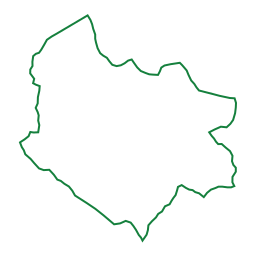 outline of Monte Mor, São Paulo, Brazil
{"feature_id": "56859067B95842262172084", "entity_name": "Monte Mor", "entity_type": "district", "adm_level": 2, "iso_a3": "BRA", "parent_name": "Brazil", "parent_adm1": "São Paulo", "projection": "robinson", "projection_center": [-47.299, -22.952], "detail": "fine", "context": "isolated", "style": "outline", "palette": "green", "viewbox_px": 256, "rotation_deg": 0, "n_neighbors": 0, "source": "geoboundaries", "source_scale": "gbopen_adm2", "svg_char_len": 1868}
<svg xmlns="http://www.w3.org/2000/svg" viewBox="0 0 256 256"><path d="M188.5,74.9L186.7,70.5L184.6,68.0L182.1,65.1L179.8,62.8L176.6,63.3L170.6,64.2L164.5,65.5L161.3,67.6L159.9,71.3L158.0,74.9L152.7,74.6L149.2,74.3L145.6,73.0L140.8,71.0L137.2,67.4L133.8,62.6L131.7,59.5L128.1,60.6L124.6,63.3L120.8,65.3L116.6,66.1L112.3,64.8L109.3,61.2L106.9,57.8L103.3,55.7L100.2,53.2L97.6,48.2L96.0,42.5L95.2,38.8L95.2,34.5L93.2,28.8L92.1,24.2L90.4,19.9L87.6,15.4L71.7,24.8L56.1,34.0L51.7,36.5L46.9,39.8L44.3,44.5L41.2,49.8L39.0,52.8L35.9,53.8L33.2,56.1L32.4,61.8L32.5,66.0L30.3,69.5L30.2,73.4L34.2,78.8L33.1,83.2L35.9,84.7L39.7,86.1L39.3,90.8L37.9,97.2L37.7,103.4L35.7,107.9L37.7,112.1L38.7,115.4L38.2,120.6L39.3,125.1L38.2,132.3L33.6,132.5L30.3,132.0L28.6,136.2L24.8,139.2L20.0,142.4L21.8,147.1L23.8,150.2L25.3,154.3L30.7,159.0L34.0,162.9L39.0,168.4L43.7,170.1L49.3,169.8L53.9,174.8L57.3,179.6L60.8,180.9L64.4,183.8L68.9,186.5L72.3,190.7L75.0,195.5L86.7,203.0L95.3,208.8L103.5,215.3L114.1,224.3L120.1,223.4L125.7,220.9L130.7,222.6L133.4,226.0L136.0,229.9L138.8,235.0L141.0,237.6L142.5,240.6L144.6,237.6L146.6,234.7L147.9,230.1L148.4,225.3L151.9,221.3L156.0,217.4L158.2,213.9L162.0,211.5L165.0,206.3L169.6,204.3L171.6,200.7L173.5,197.8L175.6,195.1L177.1,190.3L178.0,186.9L181.7,185.1L185.9,187.9L189.2,189.6L192.6,190.1L195.2,192.1L199.1,193.3L203.8,197.1L207.1,192.8L211.0,189.6L215.5,188.0L218.4,186.7L222.5,186.7L227.2,187.3L231.2,187.3L234.3,186.1L232.4,182.3L232.5,176.9L235.8,171.7L235.8,167.7L233.4,165.0L232.0,161.2L232.5,155.8L230.0,151.1L225.6,147.5L221.7,144.0L218.2,144.1L216.0,141.7L214.0,138.5L211.7,135.9L209.2,132.3L214.6,129.5L220.9,126.7L226.6,127.3L230.3,123.9L233.1,120.0L235.1,113.2L235.8,107.4L236.0,102.9L234.6,98.3L229.8,98.0L219.5,95.8L213.1,94.1L199.0,90.5L196.5,87.4L194.3,83.9L191.2,80.5L188.5,74.9Z" fill="none" stroke="#15803d" stroke-width="2"/></svg>